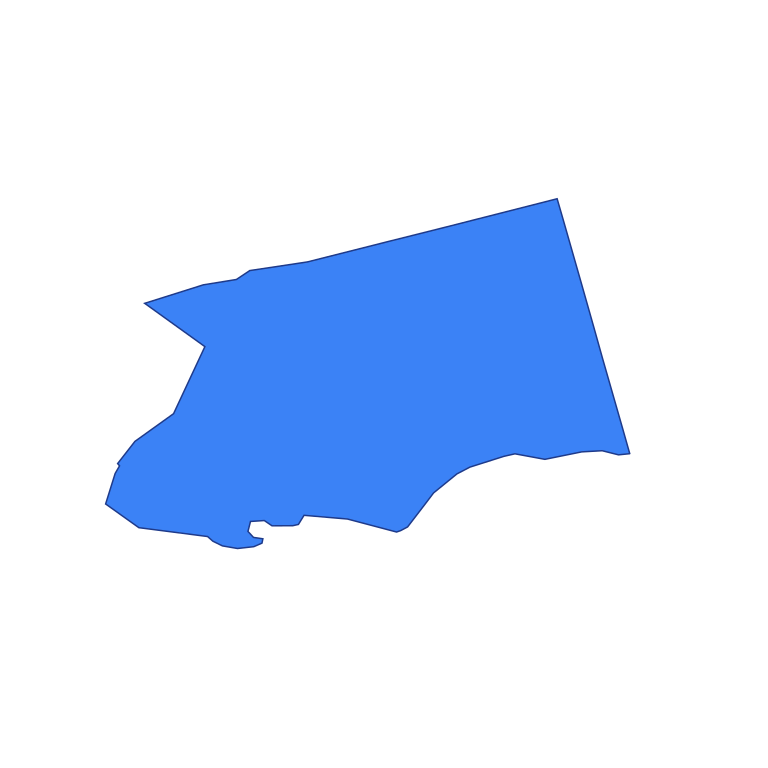 the district of Arlington, Virginia, United States of America, rotated 120°
{"feature_id": "52423323B5979795321834", "entity_name": "Arlington", "entity_type": "district", "adm_level": 2, "iso_a3": "USA", "parent_name": "United States of America", "parent_adm1": "Virginia", "projection": "equal_earth", "projection_center": [-77.083, 38.881], "detail": "fine", "context": "isolated", "style": "filled", "palette": "blue", "viewbox_px": 768, "rotation_deg": 120, "n_neighbors": 0, "source": "geoboundaries", "source_scale": "gbopen_adm2", "svg_char_len": 843}
<svg xmlns="http://www.w3.org/2000/svg" viewBox="0 0 768 768"><g transform="rotate(120 384 384)"><path d="M216.3,408.0L258.7,451.8L316.6,511.4L353.0,557.1L353.4,557.2L367.3,564.1L388.4,590.0L433.8,631.6L441.2,557.8L514.9,551.4L558.2,571.0L586.1,574.9L587.1,572.1L595.9,572.1L627.1,565.1L631.0,524.4L630.3,522.8L604.3,460.5L605.7,453.6L605.0,443.0L599.7,428.6L590.2,415.7L589.7,415.2L582.8,410.1L578.6,411.5L582.1,420.3L579.7,428.1L569.8,430.9L562.1,419.4L562.8,410.1L552.3,392.1L548.4,387.9L537.7,387.6L519.2,348.1L505.9,299.1L502.7,296.3L496.0,292.1L467.0,288.3L453.5,286.6L425.4,275.9L413.1,268.1L386.7,244.0L379.0,235.7L368.8,207.0L343.9,178.8L332.7,161.7L328.1,145.5L321.6,136.5L321.4,136.4L303.6,154.7L252.5,207.6L230.0,230.6L199.3,262.2L151.6,311.5L137.0,326.7L216.3,408.0Z" fill="#3b82f6" stroke="#1e3a8a" stroke-width="1.5"/></g></svg>